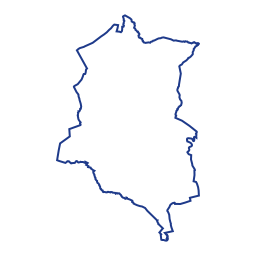 Tepetitlán, Hidalgo, Mexico (Natural Earth projection)
{"feature_id": "50627088B38854770876072", "entity_name": "Tepetitlán", "entity_type": "district", "adm_level": 2, "iso_a3": "MEX", "parent_name": "Mexico", "parent_adm1": "Hidalgo", "projection": "natural_earth1", "projection_center": [-99.392, 20.189], "detail": "fine", "context": "isolated", "style": "outline", "palette": "blue", "viewbox_px": 256, "rotation_deg": 0, "n_neighbors": 0, "source": "geoboundaries", "source_scale": "gbopen_adm2", "svg_char_len": 5751}
<svg xmlns="http://www.w3.org/2000/svg" viewBox="0 0 256 256"><path d="M198.9,43.7L198.1,43.1L197.5,43.1L196.9,43.2L196.3,43.6L196.0,43.5L195.5,42.9L194.9,42.8L194.4,42.2L194.0,42.2L193.5,42.6L193.2,42.5L192.7,42.9L191.9,43.1L191.6,43.4L190.2,42.9L189.1,42.8L188.8,42.4L188.1,42.4L187.4,41.6L187.0,41.5L185.8,41.6L185.3,41.3L184.5,41.8L184.1,41.5L183.4,41.4L182.8,41.7L182.2,41.7L176.9,40.7L176.1,40.4L173.6,40.6L171.0,39.3L163.6,37.4L162.7,37.5L161.7,37.7L160.7,38.2L158.7,38.4L157.7,38.8L154.3,40.5L153.1,40.7L152.5,41.4L151.5,41.6L150.8,41.9L150.2,42.7L148.6,42.4L145.4,42.9L144.8,42.7L144.4,42.4L143.7,42.4L143.0,41.4L143.0,40.8L142.8,40.6L142.5,40.6L142.2,38.9L141.4,38.8L140.4,37.7L139.4,37.8L139.1,37.5L138.8,37.1L138.5,35.4L138.7,35.2L139.1,35.0L139.4,34.4L139.3,33.8L139.1,33.4L138.6,33.0L138.0,31.7L137.5,31.7L137.4,31.8L136.4,30.5L135.5,29.9L135.4,29.1L135.0,28.5L134.1,27.8L134.9,25.6L134.4,24.5L134.4,24.0L134.6,23.8L134.7,23.5L134.3,22.6L133.7,22.3L133.4,22.5L133.2,22.4L131.7,21.5L131.5,19.8L131.4,19.5L129.8,18.1L125.0,15.4L123.3,16.2L123.0,16.6L123.0,16.8L123.3,17.6L123.7,18.7L123.7,20.1L124.0,20.2L124.3,20.6L124.3,20.9L124.3,21.2L123.8,22.1L123.7,22.7L123.8,23.2L123.4,23.8L123.3,24.4L123.4,24.8L123.9,25.5L123.8,26.0L123.5,26.7L123.1,26.8L123.0,26.6L122.7,26.6L122.2,26.7L122.2,28.1L122.2,29.2L122.0,30.7L121.8,31.3L120.9,32.2L119.5,31.7L116.6,31.4L117.6,27.9L118.1,25.1L114.3,24.6L113.0,25.7L111.0,28.3L109.3,29.7L106.8,32.3L104.1,34.4L101.0,36.5L92.7,42.8L84.9,46.3L83.8,46.9L79.8,48.1L78.2,49.1L77.7,49.7L76.9,50.3L87.0,68.5L86.6,68.8L86.0,69.8L85.7,72.3L85.3,73.8L85.1,74.0L83.8,74.0L83.5,74.4L82.8,76.6L81.6,79.5L77.7,84.2L75.3,85.5L74.3,86.1L73.9,86.6L73.9,86.9L76.5,92.0L78.4,94.5L78.6,96.6L79.4,98.8L79.5,99.8L80.7,103.7L81.2,106.5L80.8,108.7L80.2,108.8L80.2,109.5L79.5,111.1L79.2,111.3L78.5,111.3L78.6,111.8L78.5,112.2L78.0,112.6L78.2,113.3L77.7,115.3L78.0,115.7L77.9,116.8L78.2,117.6L78.3,118.7L78.7,119.8L80.0,121.7L80.6,122.3L80.0,123.2L80.0,123.6L80.4,124.0L80.6,124.8L80.4,125.1L69.3,129.1L69.8,136.4L60.1,143.4L58.7,150.4L57.1,160.2L58.9,160.9L65.4,162.9L66.7,162.0L67.3,161.3L67.7,161.2L68.9,161.3L69.5,162.1L70.6,162.7L70.7,163.1L71.0,163.3L71.6,163.3L72.2,163.1L74.7,162.9L75.1,162.6L75.9,161.4L76.4,161.1L77.2,161.3L78.0,162.3L78.6,162.5L80.4,162.0L80.6,161.8L81.2,162.0L83.0,162.0L85.1,162.9L85.3,161.8L87.7,163.0L86.2,164.9L88.4,166.1L88.1,167.1L90.6,167.6L90.9,168.4L91.1,168.4L91.4,168.7L91.5,168.9L92.9,170.0L94.4,170.8L93.2,171.9L93.7,173.6L94.4,174.5L94.3,175.1L94.7,176.1L94.8,176.9L95.1,177.2L95.2,177.7L95.6,178.1L95.4,179.0L96.2,180.2L97.1,180.9L97.1,181.2L97.0,181.6L97.5,182.9L98.5,183.5L99.1,184.5L99.1,185.1L99.3,185.5L99.6,185.5L99.8,186.2L100.1,186.7L100.2,187.8L100.3,188.5L100.8,189.1L101.2,189.1L101.6,190.1L102.7,190.5L102.7,191.3L102.9,191.8L103.5,192.1L104.0,191.9L104.7,192.0L106.3,192.4L107.2,192.1L107.4,192.2L108.0,191.8L109.0,192.1L109.8,192.1L110.3,192.4L110.8,192.0L111.9,192.1L112.2,192.2L112.5,192.6L115.2,192.9L115.7,193.7L116.9,193.0L117.4,193.4L117.8,193.6L118.6,193.3L119.2,193.3L119.6,193.6L119.9,194.1L120.9,194.9L121.2,195.8L121.6,196.0L122.0,196.9L123.1,197.7L124.2,197.9L124.9,198.6L125.6,198.8L126.3,198.2L126.4,197.6L126.9,197.8L126.8,198.5L129.8,199.5L132.3,200.7L132.1,202.0L132.4,202.2L132.7,202.0L132.9,202.2L133.4,202.7L133.6,203.6L133.8,203.7L137.1,205.2L139.9,206.1L142.1,206.5L145.1,208.0L147.3,210.8L156.7,220.0L157.0,220.7L157.5,220.6L157.3,221.6L158.2,223.4L158.4,223.5L158.4,224.2L158.7,224.3L162.9,228.4L162.4,228.9L159.4,232.5L161.2,234.3L160.7,234.8L160.8,235.3L161.3,239.7L162.1,240.0L163.7,240.0L165.1,240.5L165.7,240.6L166.6,240.6L167.3,240.2L167.5,239.7L167.0,239.2L167.4,239.0L167.0,238.6L167.5,238.3L167.1,237.9L167.0,237.3L167.7,236.9L167.3,235.8L167.5,235.7L167.2,235.1L166.9,235.3L164.9,232.9L172.8,231.2L171.5,227.6L171.0,225.7L170.8,224.8L170.9,223.7L170.4,222.3L169.6,219.0L169.2,214.7L168.4,212.7L167.8,211.5L167.3,210.9L167.4,210.1L169.5,206.9L170.1,205.3L170.6,204.6L172.5,203.2L174.4,202.7L174.7,202.8L174.8,203.1L174.9,203.9L180.3,204.0L185.1,202.6L190.5,200.8L189.9,197.8L198.9,195.6L198.6,190.4L198.1,187.2L197.0,183.8L196.1,182.0L193.6,181.3L194.5,175.1L194.4,170.6L194.8,170.3L194.6,169.9L194.8,169.5L194.7,169.3L192.4,165.6L192.2,164.0L191.0,159.4L191.2,155.1L188.7,154.2L187.4,152.3L187.6,151.8L188.6,151.1L189.2,150.3L189.3,149.4L188.9,148.2L188.9,147.8L189.1,147.4L189.6,147.0L191.1,146.4L191.6,146.1L191.9,145.5L192.0,145.0L191.7,144.2L191.2,143.4L190.3,142.7L188.0,141.6L187.4,141.5L187.2,141.1L187.0,140.1L187.0,139.1L187.1,138.8L187.4,138.4L188.5,138.2L191.1,138.5L192.0,138.8L192.3,139.1L193.1,140.8L193.3,141.0L193.7,141.1L193.9,141.0L194.2,140.3L194.3,139.7L194.0,138.4L194.0,137.3L194.1,137.1L194.4,136.9L194.8,136.8L196.4,137.8L196.4,137.1L196.1,136.5L196.4,135.2L196.4,134.6L196.3,134.2L195.9,133.9L196.0,133.4L196.7,132.7L196.7,131.6L189.4,125.8L182.0,120.7L175.4,117.8L175.6,116.7L176.2,115.9L176.2,115.4L175.6,115.0L175.5,114.7L175.5,114.1L176.2,112.1L176.4,110.9L177.3,110.2L177.2,109.5L177.2,109.1L177.4,109.0L177.9,109.0L178.4,107.4L179.0,107.0L179.3,106.4L180.1,106.1L180.4,105.6L180.9,105.3L181.1,105.2L181.7,102.8L181.4,100.9L180.1,99.4L179.4,97.2L179.7,95.2L179.5,94.4L177.8,91.4L177.4,90.6L177.4,89.3L178.1,87.8L178.0,87.3L178.2,87.0L178.6,86.7L178.9,86.2L179.0,84.6L180.8,73.6L179.3,66.3L180.2,65.3L181.8,64.5L182.3,63.8L183.1,62.5L186.4,60.4L188.1,58.6L188.1,58.2L188.5,57.8L189.3,57.7L189.7,57.4L190.8,56.5L192.2,54.9L192.7,54.4L192.8,53.5L192.7,52.2L193.7,50.3L193.7,49.7L193.8,49.5L193.7,49.0L193.9,48.7L194.3,48.4L194.7,47.7L195.3,46.9L195.3,46.6L195.5,46.4L196.4,46.1L196.7,45.7L197.2,45.6L197.8,44.9L198.1,44.9L198.4,44.3L198.9,43.8L198.9,43.7Z" fill="none" stroke="#1e3a8a" stroke-width="2"/></svg>